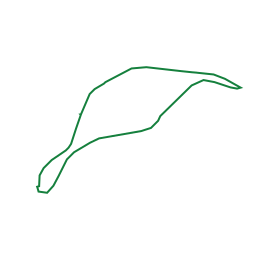 the district of Janjanbureh, Central River, Gambia, rotated 135°
{"feature_id": "56634734B22755125769096", "entity_name": "Janjanbureh", "entity_type": "district", "adm_level": 2, "iso_a3": "GMB", "parent_name": "Gambia", "parent_adm1": "Central River", "projection": "equal_earth", "projection_center": [-14.759, 13.54], "detail": "fine", "context": "isolated", "style": "outline", "palette": "green", "viewbox_px": 256, "rotation_deg": 135, "n_neighbors": 0, "source": "geoboundaries", "source_scale": "gbopen_adm2", "svg_char_len": 764}
<svg xmlns="http://www.w3.org/2000/svg" viewBox="0 0 256 256"><g transform="rotate(135 128 128)"><path d="M233.8,150.7L234.4,149.5L236.2,146.3L231.0,139.4L221.6,139.9L211.1,143.1L193.4,149.0L183.3,149.0L165.2,144.4L155.8,141.1L120.7,116.4L118.3,115.2L111.7,111.8L101.6,111.8L99.2,112.7L96.7,113.6L52.9,113.1L40.7,108.5L34.4,99.3L26.8,84.2L23.0,78.7L19.8,76.9L20.0,77.6L24.7,94.3L26.1,97.4L29.6,105.3L40.2,118.4L40.4,118.7L43.2,122.0L50.1,130.5L72.0,158.0L74.6,160.2L83.4,167.6L111.6,176.4L113.6,176.4L116.3,177.1L124.1,179.1L130.5,179.1L131.1,179.1L151.6,170.9L152.0,171.2L152.0,170.7L165.2,164.3L179.5,157.0L184.0,156.1L187.8,156.1L204.6,159.3L204.9,159.3L216.0,159.3L224.0,157.0L232.0,149.7L233.8,150.7Z" fill="none" stroke="#15803d" stroke-width="2"/></g></svg>